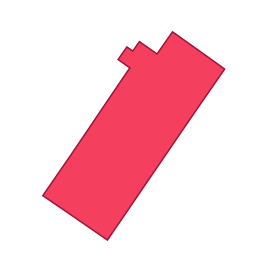 Howard, Indiana, United States of America (Robinson projection), rotated 125°
{"feature_id": "52423323B16431828353602", "entity_name": "Howard", "entity_type": "district", "adm_level": 2, "iso_a3": "USA", "parent_name": "United States of America", "parent_adm1": "Indiana", "projection": "robinson", "projection_center": [-86.172, 40.47], "detail": "fine", "context": "isolated", "style": "filled", "palette": "rose", "viewbox_px": 256, "rotation_deg": 125, "n_neighbors": 0, "source": "geoboundaries", "source_scale": "gbopen_adm2", "svg_char_len": 415}
<svg xmlns="http://www.w3.org/2000/svg" viewBox="0 0 256 256"><g transform="rotate(125 128 128)"><path d="M24.3,82.6L24.0,104.1L23.7,146.7L31.4,146.7L50.7,146.7L50.7,168.2L62.2,168.2L62.3,175.4L77.6,175.4L77.7,161.0L124.7,160.3L151.7,159.8L186.2,159.3L232.3,159.0L231.9,123.5L231.6,80.6L201.1,80.9L170.8,81.3L124.5,81.8L109.3,82.0L70.2,82.4L24.3,82.6Z" fill="#f43f5e" stroke="#9f1239" stroke-width="1.5"/></g></svg>